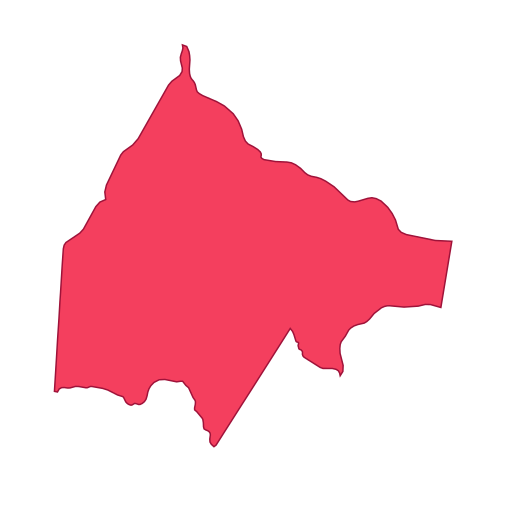 SVG path tracing the border of Gash Barka, rotated 10°
{"feature_id": "ERI-1560", "entity_name": "Gash Barka", "entity_type": "Region", "adm_level": 1, "iso_a3": "ERI", "parent_name": "Eritrea", "parent_adm1": "", "projection": "orthographic", "projection_center": [37.465, 15.27], "detail": "fine", "context": "isolated", "style": "filled", "palette": "rose", "viewbox_px": 512, "rotation_deg": 10, "n_neighbors": 0, "source": "natural_earth", "source_scale": "10m", "svg_char_len": 2692}
<svg xmlns="http://www.w3.org/2000/svg" viewBox="0 0 512 512"><g transform="rotate(10 256 256)"><path d="M81.0,424.3L77.5,393.5L75.1,372.8L72.8,351.7L70.9,335.5L69.9,326.2L66.7,298.2L65.0,282.3L65.2,278.6L66.5,275.7L78.5,264.1L81.4,259.5L89.7,235.2L92.9,230.0L98.2,226.5L96.0,219.2L96.4,212.1L105.3,180.0L107.3,176.3L115.3,168.1L119.6,160.9L127.4,138.9L134.8,118.1L140.2,102.9L142.8,98.5L149.5,91.5L151.2,87.2L150.8,83.7L147.8,76.9L147.0,73.4L147.3,69.8L147.8,66.8L147.9,63.8L146.9,60.9L151.4,61.7L154.5,66.4L155.8,70.0L156.9,74.4L157.9,83.7L158.9,87.8L160.0,90.4L161.1,92.1L162.3,93.3L163.7,94.4L165.1,95.8L166.4,97.7L168.6,102.9L169.7,104.6L171.9,105.9L175.6,107.3L190.7,110.9L198.9,113.8L208.9,119.9L215.0,126.1L219.9,133.7L222.9,140.7L225.6,144.7L228.8,147.1L234.3,148.8L239.2,150.8L242.2,152.8L243.4,154.5L243.7,156.0L243.6,157.6L244.7,158.8L247.1,159.7L258.8,159.6L270.2,158.1L274.7,158.1L279.2,159.3L284.9,162.1L289.5,165.4L292.8,167.1L296.5,167.9L302.1,168.0L306.4,168.6L311.6,170.2L320.9,174.3L336.7,184.9L339.6,185.9L343.7,185.6L347.1,184.3L356.1,179.8L360.0,178.5L364.4,178.6L369.7,180.2L377.3,185.2L382.7,190.5L387.1,196.3L391.5,205.0L394.9,207.5L400.3,208.8L429.8,209.6L446.3,207.5L447.0,274.6L436.3,273.5L431.1,274.3L424.5,277.2L410.6,280.6L396.2,281.8L393.8,282.3L391.4,283.3L388.5,285.2L382.3,292.1L378.8,298.3L376.4,301.4L374.2,303.3L368.2,305.8L364.6,307.9L361.7,310.6L360.2,312.8L357.9,319.4L354.8,325.6L354.3,328.6L354.6,332.5L355.7,337.3L360.8,348.6L361.6,354.6L359.7,359.3L358.7,356.8L357.0,354.7L354.5,353.7L350.7,353.5L341.5,355.1L338.6,354.6L321.0,347.4L319.6,346.3L318.7,344.6L318.6,343.2L318.2,341.9L316.6,340.6L314.8,340.3L314.1,339.5L313.7,338.4L313.1,337.2L313.0,336.7L313.1,334.9L313.0,334.2L312.4,333.7L310.8,333.5L310.1,332.9L307.0,326.8L305.1,323.9L302.3,321.4L295.7,337.5L285.2,362.9L274.8,388.1L264.6,412.6L255.3,435.1L249.5,449.2L247.7,451.1L244.7,449.2L243.0,447.2L242.3,444.4L242.1,440.1L241.6,438.5L240.4,437.2L238.7,436.4L237.0,436.1L234.9,435.3L234.0,433.4L233.1,429.3L232.0,426.1L231.2,425.1L224.7,419.6L222.3,418.2L221.9,416.4L222.0,412.6L221.7,410.1L221.1,408.8L218.6,406.3L212.5,397.4L209.4,395.6L205.5,392.1L203.3,392.5L199.7,393.7L187.7,393.4L182.1,394.7L177.5,398.2L175.0,401.9L173.7,405.2L173.1,408.6L173.0,412.6L172.6,416.1L171.4,418.8L169.6,420.9L167.6,422.3L166.3,422.6L163.4,422.2L162.0,422.3L159.7,424.3L158.7,424.6L157.1,424.4L155.7,424.0L154.4,423.3L153.1,422.3L150.2,418.3L149.2,417.6L143.8,416.9L133.3,413.7L128.0,413.0L117.0,413.0L115.4,413.3L112.8,415.0L111.4,415.3L104.1,415.3L100.8,415.8L95.8,418.2L93.5,418.7L90.1,418.8L87.4,419.4L85.3,421.1L84.1,424.4L81.0,424.3Z" fill="#f43f5e" stroke="#9f1239" stroke-width="1.5"/></g></svg>